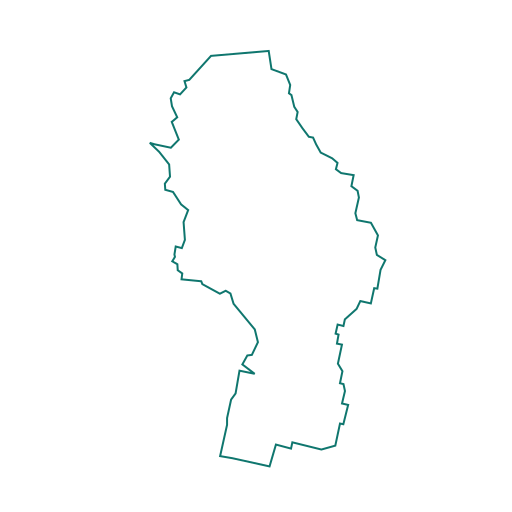 the district of Lake, California, United States of America, rotated 192°
{"feature_id": "52423323B37417643745911", "entity_name": "Lake", "entity_type": "district", "adm_level": 2, "iso_a3": "USA", "parent_name": "United States of America", "parent_adm1": "California", "projection": "equal_earth", "projection_center": [-122.747, 39.124], "detail": "fine", "context": "isolated", "style": "outline", "palette": "teal", "viewbox_px": 512, "rotation_deg": 192, "n_neighbors": 0, "source": "geoboundaries", "source_scale": "gbopen_adm2", "svg_char_len": 1487}
<svg xmlns="http://www.w3.org/2000/svg" viewBox="0 0 512 512"><g transform="rotate(192 256 256)"><path d="M199.0,53.0L197.3,75.7L181.7,74.9L181.7,81.3L151.8,80.3L139.0,87.0L139.0,109.6L135.6,109.6L134.9,129.5L141.2,129.6L140.9,142.4L143.8,148.9L147.4,149.0L147.5,161.3L153.5,167.7L153.5,187.2L158.6,187.1L158.9,196.3L162.0,196.6L161.9,205.9L155.9,205.7L155.9,212.5L146.6,225.2L144.6,233.6L133.8,233.5L133.7,249.1L130.5,249.3L131.3,268.4L128.6,278.8L138.0,282.2L141.1,289.1L141.0,301.5L150.5,312.4L164.5,312.1L167.7,318.5L167.5,334.6L170.2,340.9L177.2,344.1L177.3,355.4L190.0,354.8L195.9,357.5L195.6,364.0L201.8,367.4L214.2,370.6L220.4,377.7L224.8,383.7L229.1,383.6L237.0,390.5L245.1,398.2L245.2,405.5L249.6,409.9L254.8,420.8L257.6,422.0L258.1,430.4L264.4,439.8L279.7,442.0L286.2,459.2L341.6,442.4L357.9,414.4L362.3,412.2L359.1,406.4L363.9,398.3L370.2,399.1L372.2,392.5L369.3,385.0L361.9,375.3L364.9,371.4L366.3,369.7L355.7,353.8L361.8,344.2L378.5,344.2L383.4,344.6L372.3,337.7L360.0,327.5L356.6,315.7L360.2,307.8L358.5,301.9L350.5,301.4L340.0,290.9L331.9,286.8L333.9,274.1L328.9,257.0L330.2,248.3L336.5,248.6L336.1,240.5L335.1,238.3L336.8,233.4L331.2,231.6L329.6,225.8L324.5,223.6L324.0,217.7L304.3,219.9L302.6,217.3L283.5,211.6L278.4,215.7L273.2,214.0L268.0,204.6L241.9,183.9L236.2,172.1L239.5,158.4L243.8,156.9L246.8,147.1L232.8,140.5L248.3,140.4L247.4,117.3L250.5,110.4L250.6,91.5L249.2,84.8L249.5,52.8L237.1,53.3L199.0,53.0Z" fill="none" stroke="#0f766e" stroke-width="2"/></g></svg>